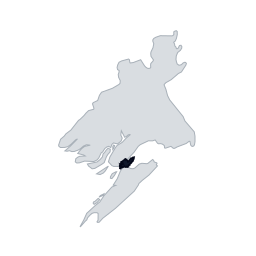 Feni, Chittagong, Bangladesh (highlighted), rotated 53°
{"feature_id": "16705992B83268326466345", "entity_name": "Feni", "entity_type": "district", "adm_level": 2, "iso_a3": "BGD", "parent_name": "Bangladesh", "parent_adm1": "Chittagong", "projection": "equal_earth", "projection_center": [91.37, 23.021], "detail": "fine", "context": "in_parent", "style": "filled", "palette": "ink", "viewbox_px": 256, "rotation_deg": 53, "n_neighbors": 0, "source": "geoboundaries", "source_scale": "gbopen_adm2", "svg_char_len": 7278}
<svg xmlns="http://www.w3.org/2000/svg" viewBox="0 0 256 256"><g transform="rotate(53 128 128)"><path d="M95.3,181.1L95.3,174.9L92.1,162.8L92.3,161.5L91.6,155.7L90.8,152.5L90.4,149.0L92.4,144.1L91.7,143.3L87.3,141.8L86.8,140.5L87.8,135.7L84.7,131.1L83.5,127.6L86.9,116.6L87.8,108.9L87.5,107.4L85.5,105.7L81.9,105.0L79.4,103.6L77.9,101.4L76.6,100.5L75.1,101.2L73.1,100.3L71.4,98.2L70.1,95.6L70.6,92.7L73.3,86.0L74.3,85.8L76.6,87.0L77.4,87.1L78.9,84.4L81.1,76.8L88.4,77.4L90.1,77.2L91.9,76.6L92.9,75.6L93.5,74.4L93.3,73.4L91.1,71.9L90.2,70.9L89.6,67.8L89.0,66.7L84.6,66.5L82.3,65.1L81.1,63.9L78.9,59.7L76.2,56.7L73.5,55.9L72.5,55.0L72.0,53.4L72.3,51.1L73.7,46.7L81.0,37.3L81.2,36.3L80.9,35.1L78.8,33.6L78.7,32.8L79.3,30.9L80.5,30.6L83.0,32.4L85.5,35.3L87.0,37.9L87.0,39.9L89.0,40.3L90.6,41.2L92.3,41.0L93.4,41.5L94.2,41.3L94.5,40.1L93.1,37.2L93.8,35.9L95.4,36.0L96.6,37.1L97.5,39.4L97.6,42.9L99.5,46.1L102.1,48.4L104.1,49.4L106.5,50.2L108.6,49.5L109.6,47.2L109.2,45.2L109.5,43.4L110.3,42.5L111.6,42.5L112.6,43.9L115.4,51.6L114.8,55.0L115.4,64.3L114.6,70.5L115.0,72.9L115.5,73.3L119.8,74.4L125.9,76.9L130.7,77.8L152.0,77.1L156.7,78.3L170.9,77.4L174.8,79.4L179.1,82.6L181.4,85.0L181.9,86.3L181.6,87.5L180.8,88.1L179.4,88.2L176.0,86.6L175.4,87.1L175.4,90.8L172.7,100.1L172.3,103.0L171.4,104.1L168.5,104.7L166.7,110.1L165.9,110.8L164.0,109.6L162.9,109.8L161.4,110.3L160.0,111.5L159.0,113.1L157.9,113.6L153.9,113.5L153.1,116.0L150.5,119.4L148.7,128.1L148.8,130.8L151.0,137.8L152.6,146.9L153.2,147.8L153.9,147.9L154.0,143.7L154.7,143.2L155.6,143.6L157.5,149.3L158.6,150.7L160.2,151.1L162.1,150.2L163.5,148.6L164.1,146.8L163.6,140.7L164.5,138.2L167.8,134.5L168.2,133.4L168.0,127.3L169.2,127.0L170.9,127.5L173.0,126.1L173.6,126.0L174.5,127.6L176.0,127.3L178.2,139.5L178.4,148.0L178.9,152.8L179.7,153.9L182.2,161.0L184.6,186.3L184.9,202.4L185.9,207.8L185.1,209.1L184.3,209.3L183.6,207.4L178.3,203.3L177.0,203.7L175.2,206.1L174.5,208.3L174.8,211.4L175.4,214.4L176.6,216.2L176.7,218.1L178.2,225.3L177.8,225.4L174.9,218.8L171.3,212.3L170.2,200.7L170.1,195.0L167.7,188.2L165.4,176.5L166.4,172.4L164.7,174.2L162.1,167.2L158.0,160.3L156.8,157.3L156.7,154.3L154.9,157.3L152.5,159.4L150.1,162.5L148.4,163.5L143.2,164.0L140.2,159.8L136.0,149.5L135.4,147.2L136.0,141.2L135.0,135.5L134.7,130.4L133.9,130.9L133.6,132.3L133.8,134.4L133.4,136.2L126.2,135.0L129.3,138.0L132.6,138.7L134.3,141.4L134.4,145.9L131.2,148.6L131.4,150.8L133.3,153.6L131.0,154.4L130.4,156.2L130.4,158.8L131.9,162.8L131.7,164.3L134.4,169.5L134.9,172.0L134.2,175.5L128.3,182.6L126.6,187.7L125.1,190.0L123.3,190.5L121.1,188.1L121.1,185.6L121.5,183.7L124.6,179.0L122.9,179.6L118.1,183.5L117.2,180.3L116.6,177.4L116.6,173.8L119.0,168.5L116.4,171.1L115.6,174.5L115.9,178.4L115.6,181.2L114.5,184.8L113.1,187.0L110.9,188.4L109.9,190.6L108.3,192.2L107.8,184.8L106.3,174.9L105.9,177.0L106.7,183.2L106.7,187.2L105.4,190.3L102.9,193.7L101.0,194.2L99.9,193.7L96.4,188.6L96.1,183.8L95.3,181.1ZM139.0,181.2L134.6,182.4L132.3,182.1L136.5,173.2L136.4,169.2L135.7,165.9L133.6,163.3L133.5,161.5L132.6,158.9L132.1,156.0L134.4,155.0L136.3,156.7L137.0,160.1L138.0,162.6L141.3,167.8L141.2,171.0L140.3,178.8L139.0,181.2ZM148.4,178.3L145.7,180.7L146.6,166.6L148.6,171.9L149.1,174.7L148.4,178.3ZM158.7,171.3L157.5,172.3L156.4,171.4L155.0,168.1L155.7,164.0L156.1,163.4L157.8,167.6L158.7,171.3ZM168.6,201.0L167.1,201.1L166.3,200.1L166.7,198.7L166.3,194.1L168.2,193.7L168.9,197.5L168.6,201.0ZM166.9,188.2L165.8,192.7L165.3,190.7L166.1,186.7L166.9,188.2ZM135.6,151.7L136.0,153.1L133.6,151.2L132.9,149.9L134.0,149.2L135.6,151.7Z" fill="#d9dde1" stroke="#a8b0b8" stroke-width="1"/><path d="M159.2,151.6L158.7,151.1L158.7,150.5L158.4,150.6L158.3,150.4L158.4,149.7L158.2,149.7L158.5,149.1L158.0,149.1L158.1,148.6L157.9,148.5L157.9,148.4L158.1,148.3L157.9,147.6L158.0,147.5L158.0,147.3L157.7,147.2L157.8,146.9L157.5,146.9L157.5,146.6L157.7,146.4L157.7,146.2L157.3,146.1L157.6,145.7L157.4,145.6L157.2,145.6L157.1,145.4L157.3,145.3L157.4,145.2L157.1,145.3L157.0,145.1L157.1,144.9L157.2,144.6L157.0,144.4L157.4,144.3L157.4,144.2L157.2,144.1L157.3,144.0L157.3,143.9L157.0,144.0L156.9,143.9L156.8,144.0L156.5,143.8L156.8,143.7L156.8,143.3L156.6,143.0L156.2,143.2L156.0,142.9L156.5,142.7L156.2,142.1L155.9,142.2L156.1,141.7L155.9,141.6L155.5,141.5L155.3,141.7L155.2,141.6L155.2,141.8L155.2,141.7L155.1,141.4L155.1,141.5L155.1,141.3L155.2,141.2L155.1,140.8L154.9,140.8L155.0,141.8L154.8,141.7L154.7,141.4L154.6,141.7L154.9,142.0L154.5,142.1L154.7,142.4L154.7,142.5L154.4,142.7L154.5,143.0L154.4,143.1L154.2,143.4L154.4,143.4L154.3,143.9L154.2,143.9L154.2,144.2L154.3,144.2L154.2,144.5L154.3,144.5L154.3,145.1L154.5,145.7L154.6,146.0L154.6,146.4L154.8,146.6L154.7,147.1L154.9,147.1L154.8,147.5L155.1,147.6L155.1,147.8L155.0,148.0L155.1,148.3L154.9,148.4L154.7,148.4L154.7,148.5L154.0,148.1L153.9,148.1L153.5,148.1L153.4,148.1L153.0,148.2L152.9,148.3L152.7,148.4L152.6,148.5L152.5,148.8L152.4,148.7L152.2,148.8L152.0,148.6L151.9,148.7L151.7,148.5L151.7,148.4L151.5,148.5L151.4,148.5L151.1,148.6L151.1,148.8L151.1,149.0L151.3,149.2L151.3,149.3L151.1,149.3L151.2,149.6L151.3,149.7L151.3,149.8L151.2,149.8L151.2,150.0L151.2,150.3L151.2,150.6L151.1,150.8L151.1,151.3L151.1,151.6L151.2,151.8L151.2,152.0L151.3,152.2L151.2,152.7L151.2,152.8L151.1,153.0L151.2,153.4L151.1,153.5L150.9,153.6L150.8,153.8L150.9,154.0L151.0,154.1L151.2,154.3L151.3,154.4L151.3,154.2L151.5,154.1L151.6,153.8L151.8,153.9L151.9,154.0L152.1,153.9L152.2,154.0L152.3,153.8L152.4,153.6L152.5,153.6L152.5,153.8L152.6,153.7L152.8,153.6L153.0,153.5L153.2,153.3L153.3,153.6L153.5,153.7L153.5,153.8L153.5,154.0L153.3,153.9L153.3,154.1L153.3,154.4L153.1,154.3L152.9,154.4L153.1,154.6L153.3,154.5L153.1,154.8L153.1,155.0L153.3,155.0L153.5,154.9L153.5,155.0L153.4,155.1L153.5,155.4L153.4,155.4L153.2,155.1L153.2,155.4L153.1,155.6L153.2,155.8L153.1,156.4L153.1,156.5L153.0,156.9L153.0,157.3L153.2,157.5L153.3,157.5L153.6,157.3L153.8,157.3L153.9,157.1L154.0,157.3L154.1,157.7L154.5,157.8L154.9,158.3L155.1,158.4L155.3,158.6L155.4,158.4L155.5,158.3L155.5,157.9L155.2,157.7L155.3,157.3L155.3,157.2L155.1,157.2L154.9,157.0L154.8,156.9L154.9,156.7L155.0,156.6L155.3,156.3L155.3,156.0L155.3,155.9L155.6,155.8L155.7,156.0L155.8,156.2L156.0,156.2L156.1,155.6L156.3,155.4L156.4,155.1L156.5,154.9L156.6,154.7L156.3,154.5L156.2,154.1L156.4,153.9L156.2,153.8L156.2,153.7L156.4,153.7L157.1,153.7L157.3,153.7L157.5,153.7L158.0,153.3L158.1,153.2L158.0,152.9L158.2,152.6L157.9,152.4L157.9,152.2L158.0,152.2L158.1,152.4L158.4,152.0L158.2,152.0L158.3,151.9L158.6,152.0L158.8,152.0L159.2,151.7L159.2,151.6ZM156.4,155.5L156.2,155.6L156.1,156.0L155.9,156.3L155.7,156.2L155.6,155.9L155.5,156.2L155.4,156.6L155.1,156.7L155.2,156.8L155.3,157.0L155.8,157.6L155.8,157.4L155.8,157.1L155.9,156.8L156.1,156.4L156.3,155.9L156.4,155.7L156.4,155.5ZM153.0,156.6L152.6,156.4L152.5,156.5L152.5,156.9L152.8,157.1L152.9,156.9L153.0,156.6ZM153.0,156.5L153.1,155.9L152.8,155.8L152.7,155.8L152.7,155.7L152.9,155.5L152.7,155.6L152.4,155.8L152.5,155.8L152.8,155.9L152.8,156.1L152.9,156.4L153.0,156.5ZM154.2,157.9L154.4,157.9L154.5,158.0L154.5,157.8L154.4,157.8L154.2,157.7L154.2,157.9ZM156.0,157.9L156.0,158.2L156.0,158.4L156.1,158.6L156.1,158.3L156.0,157.9ZM152.9,155.6L153.0,155.6L152.9,155.6Z" fill="#0f172a" stroke="#020617" stroke-width="1.5"/></g></svg>